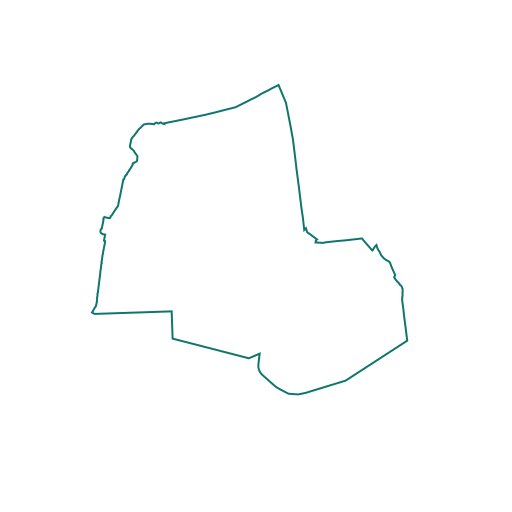 Harderwijk, Gelderland, Netherlands, rotated 219°
{"feature_id": "6326949B59221460076915", "entity_name": "Harderwijk", "entity_type": "district", "adm_level": 2, "iso_a3": "NLD", "parent_name": "Netherlands", "parent_adm1": "Gelderland", "projection": "albers", "projection_center": [5.663, 52.34], "detail": "fine", "context": "isolated", "style": "outline", "palette": "teal", "viewbox_px": 512, "rotation_deg": 219, "n_neighbors": 0, "source": "geoboundaries", "source_scale": "gbopen_adm2", "svg_char_len": 5720}
<svg xmlns="http://www.w3.org/2000/svg" viewBox="0 0 512 512"><g transform="rotate(219 256 256)"><path d="M85.2,285.4L103.6,303.0L108.2,307.6L113.3,312.4L115.0,314.1L115.7,314.9L115.8,315.0L115.7,315.1L116.8,316.7L117.5,317.9L117.9,318.4L118.6,319.1L120.5,321.7L121.3,322.6L123.3,323.8L123.5,323.9L124.0,324.1L124.3,324.2L124.6,324.2L125.7,324.2L126.0,324.2L126.5,324.4L127.5,324.7L127.9,324.8L130.4,325.1L131.7,325.3L135.3,326.4L135.8,328.8L136.5,329.1L137.5,329.6L143.9,332.9L147.4,335.0L148.5,335.4L148.8,335.4L150.4,335.2L151.0,335.0L154.4,334.6L154.8,334.6L158.3,335.2L158.8,335.3L159.7,335.6L162.4,336.9L165.7,338.0L166.4,338.4L169.3,340.3L169.4,339.2L169.5,337.8L169.5,337.5L169.4,336.8L169.0,333.6L169.4,333.5L170.2,333.7L170.6,333.7L170.8,333.7L171.3,333.8L171.8,334.0L172.5,334.1L172.8,334.1L173.1,334.2L173.3,334.2L173.9,334.4L176.1,334.7L176.6,334.8L177.4,334.9L183.8,336.1L184.7,336.3L195.3,325.5L195.8,325.0L202.2,318.8L206.3,314.7L208.7,312.3L210.9,310.0L211.9,308.6L214.1,307.0L218.2,304.0L218.6,305.0L218.8,305.1L219.1,305.4L219.0,305.6L219.1,305.8L219.1,306.5L219.0,307.3L225.7,307.0L227.1,307.0L229.4,306.8L231.4,306.8L234.7,309.0L234.9,306.6L243.8,315.4L246.3,317.7L248.6,319.8L250.7,321.7L266.2,336.7L279.8,349.6L282.1,351.9L300.7,369.9L311.1,378.8L313.0,380.4L316.2,383.1L321.0,387.1L321.9,387.9L326.5,391.7L329.1,393.9L343.8,401.8L345.7,402.9L346.1,403.1L347.5,399.9L349.1,396.4L349.9,394.6L350.4,393.0L351.1,391.7L354.2,384.9L354.4,384.2L354.7,383.2L356.1,379.4L356.3,378.9L358.3,374.8L360.4,369.9L362.4,365.6L365.5,358.8L372.6,349.3L377.7,342.4L383.5,334.8L388.6,328.5L389.2,327.7L390.2,326.5L393.6,322.4L395.2,320.3L407.1,305.9L407.3,305.7L408.5,304.2L411.3,300.8L410.8,300.6L411.5,300.3L412.2,300.0L412.7,300.0L413.7,300.0L413.9,299.9L414.3,299.7L414.6,299.0L414.7,298.5L414.9,298.1L415.0,297.8L415.3,297.6L415.5,297.4L415.8,297.4L416.7,297.2L417.0,297.1L417.3,297.0L417.6,296.7L417.8,296.3L417.9,296.0L418.0,295.6L418.1,294.9L418.1,294.4L418.2,294.1L418.3,294.0L419.4,293.5L420.0,293.1L421.1,292.4L422.4,291.4L423.2,290.8L425.5,288.2L425.8,287.9L425.9,287.6L426.0,287.4L426.3,284.5L426.3,283.8L426.8,281.2L426.8,279.8L426.5,273.2L426.5,272.7L426.7,270.9L426.6,270.2L426.5,269.2L426.4,268.8L426.4,268.6L426.4,268.2L426.2,267.8L424.9,265.5L423.9,263.5L423.2,262.2L422.7,261.6L422.2,261.2L421.9,261.2L421.4,261.1L420.6,261.0L420.1,261.0L418.4,261.0L417.6,260.9L417.2,260.9L416.2,260.4L415.9,260.3L415.1,260.1L414.2,259.8L413.3,259.6L412.8,259.5L412.3,259.4L411.9,259.3L411.4,259.1L411.0,258.9L410.7,258.6L409.6,257.1L408.7,255.6L408.3,254.8L408.3,254.6L408.3,254.4L409.1,252.4L409.3,251.9L409.7,251.4L409.9,251.1L410.0,250.8L410.0,250.3L409.9,250.1L409.5,249.8L409.1,248.1L408.9,247.1L408.8,246.4L408.6,245.0L408.5,243.2L408.4,242.6L408.5,242.5L408.4,242.2L408.2,241.7L408.2,241.2L408.2,240.6L408.2,240.4L408.2,240.1L408.2,239.9L408.2,239.4L408.2,239.2L407.8,238.3L407.7,237.7L407.9,237.2L408.0,237.0L408.0,236.9L408.1,236.4L408.1,236.2L407.9,236.0L407.8,235.9L407.8,235.5L407.8,235.1L407.8,234.8L407.6,234.4L407.5,234.2L407.2,233.5L407.0,233.0L406.9,232.7L407.0,232.3L407.1,232.0L407.2,231.9L406.0,229.6L404.4,226.6L402.0,222.0L401.2,220.4L399.8,217.9L398.1,214.4L396.8,211.9L395.6,209.7L395.3,209.1L394.8,208.1L394.7,207.9L394.6,207.6L394.6,207.3L394.6,207.1L394.7,206.6L394.6,206.1L394.6,205.3L394.6,205.1L394.3,202.4L394.1,200.1L394.0,199.4L393.9,198.7L393.7,196.7L393.7,196.4L393.8,196.1L393.9,195.7L394.0,195.4L393.7,195.0L393.6,194.8L393.6,194.6L393.5,194.4L393.5,193.9L393.5,193.7L393.4,193.5L393.5,193.4L393.7,193.1L393.8,193.0L396.7,191.6L397.5,191.2L398.0,191.0L398.2,190.8L398.3,190.8L398.3,190.7L398.4,190.4L398.4,190.1L398.3,189.7L398.1,188.9L398.0,188.7L397.9,188.7L397.6,188.5L397.4,188.4L397.3,188.2L396.6,186.9L396.4,186.4L395.7,185.2L394.7,183.3L394.5,182.8L394.3,182.4L393.5,181.0L393.2,180.5L393.1,180.4L393.1,180.1L393.2,179.9L393.3,179.7L393.3,179.2L393.3,178.9L393.2,178.5L393.1,178.3L392.6,177.6L392.3,177.1L392.1,176.9L391.7,176.6L391.3,176.4L391.1,176.4L390.7,176.3L390.1,176.3L389.3,176.5L388.8,176.6L388.3,176.8L387.3,177.4L386.7,177.7L386.0,176.4L385.5,175.4L384.2,173.0L383.7,172.2L383.4,172.2L383.1,172.5L382.9,172.6L382.6,172.6L381.8,171.3L381.2,170.2L379.0,166.1L378.5,165.2L378.3,164.7L378.1,164.3L377.4,163.1L377.2,162.7L377.0,162.4L376.8,162.0L376.2,161.1L376.1,160.9L375.9,160.3L375.8,160.0L375.7,159.8L374.7,158.4L374.6,158.1L374.2,157.4L373.7,156.8L373.3,156.1L373.1,155.7L372.7,154.9L372.6,154.7L372.4,154.2L372.1,154.0L372.1,153.9L371.9,153.7L371.9,153.8L371.7,153.8L371.6,153.7L371.4,153.4L371.2,153.1L371.1,152.3L371.0,152.2L370.9,152.0L370.5,151.4L370.1,150.9L369.9,150.6L369.8,150.4L369.7,150.2L369.2,149.4L368.5,148.3L367.8,147.0L367.6,146.7L366.6,145.1L366.2,144.6L364.3,141.6L363.9,140.9L363.3,139.9L361.8,137.5L360.8,136.0L360.2,134.9L359.6,134.0L359.1,133.2L358.9,132.8L356.8,129.6L356.7,129.2L356.2,128.6L355.8,128.0L355.6,127.8L355.6,127.6L355.6,127.1L355.4,126.7L354.9,126.2L354.5,125.7L354.3,125.5L354.0,125.1L353.9,124.9L353.6,124.2L353.5,123.9L353.4,123.7L352.9,123.2L352.3,122.4L352.1,122.0L351.9,121.7L351.8,121.4L351.4,121.0L351.0,120.6L350.7,120.2L350.6,119.9L350.5,119.6L350.4,119.0L350.2,118.8L349.9,118.5L349.7,118.1L349.5,117.4L349.1,116.7L348.8,115.9L348.8,115.3L348.7,114.5L348.7,113.9L348.7,113.7L348.6,113.4L348.2,111.0L347.9,108.9L345.0,109.4L286.7,159.9L268.8,139.3L197.2,172.0L191.7,182.4L185.7,172.9L185.2,172.3L184.6,171.6L184.1,171.0L183.4,170.5L182.8,170.0L181.8,169.3L180.5,168.6L179.3,168.2L178.4,167.9L177.3,167.7L176.2,167.6L161.4,166.9L159.9,166.9L157.7,166.9L156.7,167.0L154.1,167.4L152.0,167.8L144.1,169.4L136.1,175.0L131.4,180.7L107.9,215.6L85.2,285.4Z" fill="none" stroke="#0f766e" stroke-width="2"/></g></svg>